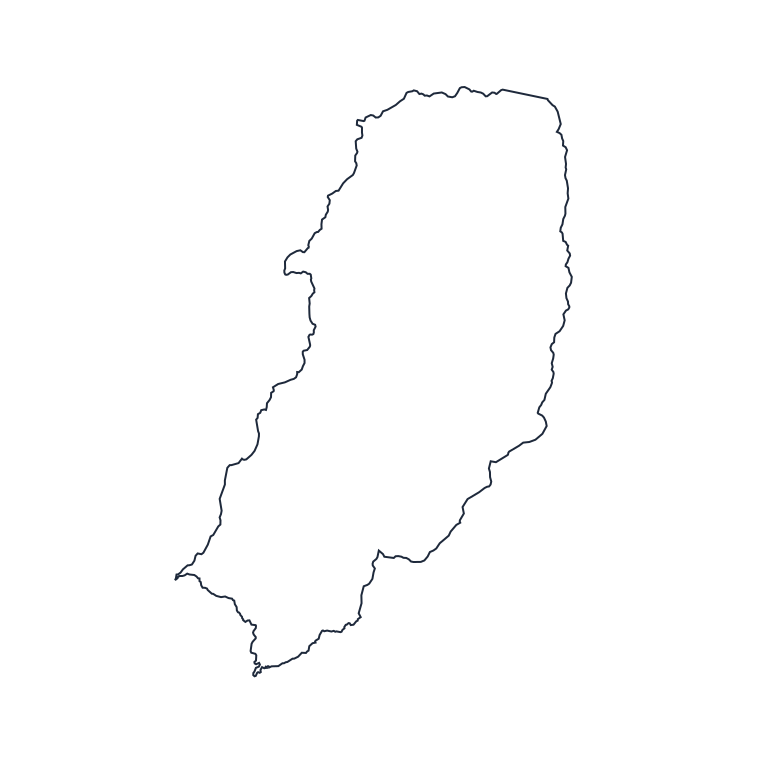 outline of Nangaritza, Zamora Chinchipe, Ecuador, rotated 191°
{"feature_id": "8360857B36504899110850", "entity_name": "Nangaritza", "entity_type": "district", "adm_level": 2, "iso_a3": "ECU", "parent_name": "Ecuador", "parent_adm1": "Zamora Chinchipe", "projection": "natural_earth1", "projection_center": [-78.749, -4.316], "detail": "fine", "context": "isolated", "style": "outline", "palette": "slate", "viewbox_px": 768, "rotation_deg": 191, "n_neighbors": 0, "source": "geoboundaries", "source_scale": "gbopen_adm2", "svg_char_len": 6125}
<svg xmlns="http://www.w3.org/2000/svg" viewBox="0 0 768 768"><g transform="rotate(191 384 384)"><path d="M364.7,146.7L364.8,148.2L362.4,150.7L365.1,154.1L364.2,164.5L365.9,172.3L365.3,181.6L362.0,183.6L360.4,185.2L358.2,190.5L358.3,197.1L357.8,201.2L360.4,203.7L360.9,205.4L360.7,207.6L358.1,210.8L357.4,212.8L357.3,219.5L352.5,216.8L350.7,214.5L341.2,215.1L339.8,217.1L337.1,217.8L333.9,217.8L331.8,217.1L328.9,217.5L326.1,216.6L323.6,214.9L321.0,214.9L313.9,216.4L310.7,218.5L308.2,223.0L306.9,227.8L303.7,230.0L301.3,232.5L298.9,238.3L291.5,247.5L290.4,251.9L286.1,259.5L282.7,262.4L283.5,263.7L283.5,264.8L280.9,272.1L283.4,278.2L280.0,287.0L270.1,295.8L265.4,301.1L263.2,302.8L261.3,303.5L260.2,305.6L260.1,308.7L262.1,312.8L263.2,317.8L264.9,321.1L264.5,328.5L259.2,328.6L249.4,337.6L248.8,338.3L248.8,340.3L248.3,341.5L239.6,349.2L236.2,353.0L230.3,354.8L224.7,358.2L219.0,365.3L216.3,373.8L218.0,378.0L220.6,381.6L222.7,383.2L227.0,384.4L227.6,385.0L227.1,390.7L225.7,393.4L225.2,396.1L223.5,399.0L223.3,405.3L220.1,412.6L219.4,416.6L219.4,417.8L220.1,419.0L219.4,421.9L219.4,426.5L220.0,428.1L222.1,430.1L221.7,433.0L223.3,436.4L222.8,441.4L223.0,445.2L223.8,446.9L226.5,449.1L227.6,451.7L226.9,455.2L225.0,457.4L225.7,462.1L225.2,465.9L221.7,469.3L219.2,475.2L218.8,481.0L221.2,486.6L219.4,490.8L217.4,492.4L216.7,494.4L216.9,495.6L218.5,497.5L219.1,500.0L221.3,503.1L222.7,507.6L222.3,513.4L220.5,516.2L219.7,519.1L220.1,525.0L223.3,529.0L225.1,533.2L228.2,534.3L228.3,536.1L227.2,538.5L226.8,542.3L225.8,545.5L226.6,547.6L229.6,550.0L229.6,554.9L230.9,555.6L232.8,558.1L235.4,558.7L237.4,565.6L238.3,566.7L240.1,567.5L240.3,571.1L239.3,574.8L239.5,580.2L238.5,583.7L238.4,585.8L239.8,592.3L238.4,601.2L240.1,606.2L240.7,611.2L243.4,618.5L245.1,620.7L246.2,623.6L246.1,629.5L247.0,631.1L247.3,634.7L249.6,641.4L248.9,648.4L250.9,651.1L253.8,652.2L254.4,656.7L256.0,659.0L257.4,662.5L259.5,663.8L262.4,664.5L261.2,667.5L260.1,672.9L265.5,684.5L269.2,688.9L271.8,689.9L277.3,693.9L277.9,695.0L323.7,695.6L325.1,694.8L328.6,690.4L329.2,690.1L331.1,691.0L333.5,690.8L337.6,686.2L339.1,685.8L342.0,687.9L344.6,688.6L348.0,688.5L351.9,689.0L353.0,687.9L354.2,687.7L356.4,689.5L361.5,690.9L364.5,690.1L366.0,688.9L367.6,683.7L369.2,680.0L371.7,678.5L376.1,678.4L378.9,680.3L382.9,681.2L390.6,678.6L394.2,675.0L396.9,675.4L399.1,674.8L400.6,675.8L402.6,676.2L404.6,675.4L407.4,677.7L410.8,677.9L412.0,676.8L415.9,675.3L417.4,674.1L418.9,667.8L422.2,664.6L425.7,660.1L433.0,653.8L437.0,651.5L438.5,646.6L440.5,644.6L443.0,644.0L445.8,645.5L448.3,645.5L452.9,642.1L453.4,638.7L454.1,638.2L460.1,638.2L460.6,637.3L460.1,633.2L455.2,632.2L454.5,631.4L453.6,626.6L452.6,623.8L453.0,621.4L456.9,619.1L458.1,616.9L456.2,609.8L454.4,607.0L454.5,605.7L455.8,602.8L454.9,597.1L453.3,595.4L452.5,593.3L453.7,585.5L454.4,583.3L459.3,578.0L462.4,573.2L465.5,565.1L468.1,564.3L471.1,561.1L474.9,558.2L474.9,556.8L472.3,554.1L472.0,550.6L473.3,547.5L472.1,544.2L472.1,542.4L473.4,539.1L473.4,536.5L476.2,533.6L475.9,528.9L474.9,524.5L476.4,523.0L477.7,520.7L479.0,520.3L480.8,518.8L482.7,512.9L484.6,510.2L484.8,505.8L484.1,504.7L484.0,503.4L484.7,502.9L487.3,498.2L488.8,498.0L491.6,499.3L495.1,497.8L500.7,493.2L502.9,489.9L504.6,485.4L503.1,478.6L503.5,476.3L503.0,474.3L501.9,472.7L500.9,472.5L499.3,473.1L496.7,476.0L494.5,476.6L491.1,476.2L488.6,476.9L486.8,476.7L484.8,478.9L482.2,478.8L480.1,477.6L477.9,478.0L476.8,477.4L475.5,473.8L475.7,472.5L475.0,470.7L470.5,464.5L470.5,462.9L469.8,460.7L471.1,459.2L472.1,456.5L473.9,454.1L472.3,448.8L472.2,445.8L470.6,438.6L469.7,435.2L468.2,432.2L465.6,429.5L462.9,429.0L462.1,427.3L463.2,423.4L462.7,421.1L462.9,419.5L464.0,418.7L465.9,418.5L466.5,418.0L467.2,415.8L464.1,408.7L463.8,407.4L464.0,406.3L465.9,402.7L469.3,401.3L469.9,400.1L469.4,397.7L466.6,392.6L466.0,389.4L467.0,386.0L467.5,382.5L469.9,379.3L471.5,379.2L471.1,377.0L471.6,373.8L473.5,371.8L476.5,370.3L481.6,366.7L487.9,363.8L492.4,359.6L491.0,357.0L491.0,355.8L493.1,353.8L492.4,349.5L493.3,346.4L495.2,342.8L494.7,338.9L494.9,336.0L496.6,336.2L499.5,334.9L500.0,332.1L502.0,330.3L501.6,326.6L502.7,324.6L498.6,313.7L497.3,311.6L496.8,308.7L496.7,300.6L498.3,293.6L500.6,289.1L504.8,283.7L506.8,282.9L508.5,283.1L509.2,283.6L511.7,278.6L518.4,275.2L520.0,274.9L521.8,271.8L521.8,258.9L521.0,255.0L523.4,239.9L519.2,228.6L519.2,225.1L519.9,221.7L518.5,219.0L517.8,214.8L519.5,212.6L522.8,203.2L525.1,201.3L526.3,192.7L529.1,183.9L530.7,182.1L534.6,182.1L536.2,179.4L536.4,174.4L537.9,170.7L538.2,170.1L540.6,168.9L542.2,168.5L546.0,163.7L547.7,160.1L549.8,157.8L551.3,157.4L551.2,153.5L551.7,151.6L549.6,154.0L549.4,155.3L548.0,156.5L545.4,157.0L543.2,158.1L541.0,160.3L538.6,159.9L533.7,160.3L531.2,159.2L529.5,157.8L528.0,157.9L527.5,155.3L526.1,154.6L525.0,151.5L523.2,149.4L520.8,149.8L518.7,149.4L517.7,148.1L513.0,145.3L511.6,145.4L508.2,144.0L503.3,143.7L499.4,145.1L495.7,144.2L492.2,144.3L491.0,143.0L489.7,142.8L488.4,139.4L486.1,136.9L485.2,133.6L483.8,132.1L482.7,132.0L481.4,130.9L480.9,129.8L479.0,128.4L478.5,127.0L477.3,126.1L477.2,125.3L474.7,124.0L472.8,125.8L471.0,126.3L468.2,122.5L464.0,122.8L463.5,122.1L463.3,119.9L464.9,116.6L465.1,114.9L464.1,113.2L461.6,111.1L461.4,109.8L463.7,106.0L464.4,103.8L464.0,96.4L463.0,94.9L458.8,94.6L457.6,93.3L456.9,88.1L458.2,86.3L457.6,85.0L456.1,84.5L453.4,86.4L452.3,84.9L452.9,82.7L455.6,80.9L456.3,77.0L457.1,75.4L456.8,73.3L455.3,72.4L454.2,73.0L453.4,76.3L452.6,77.1L450.9,76.8L450.0,77.7L450.7,79.7L449.7,82.8L447.3,82.1L446.5,82.5L446.3,83.4L445.7,82.8L444.8,83.0L445.1,84.1L444.0,84.9L443.1,84.7L442.7,83.8L440.5,85.4L433.9,86.9L430.4,90.5L428.9,90.8L427.4,92.1L425.8,92.7L421.4,96.9L419.7,97.3L416.3,99.9L413.4,104.5L409.3,105.1L408.5,106.7L407.2,107.9L407.3,112.4L404.7,115.9L401.9,117.1L402.5,118.0L402.2,119.0L399.5,121.5L399.3,125.4L397.7,129.9L396.9,130.4L395.5,129.9L392.8,131.1L388.4,131.0L386.2,132.1L384.6,131.5L383.5,132.1L379.4,132.1L378.4,132.7L377.8,134.8L376.2,136.6L376.6,137.8L375.6,140.3L374.7,140.6L373.2,142.5L372.1,142.6L370.6,141.0L368.0,141.9L366.0,145.7L364.7,146.7Z" fill="none" stroke="#1e293b" stroke-width="2"/></g></svg>